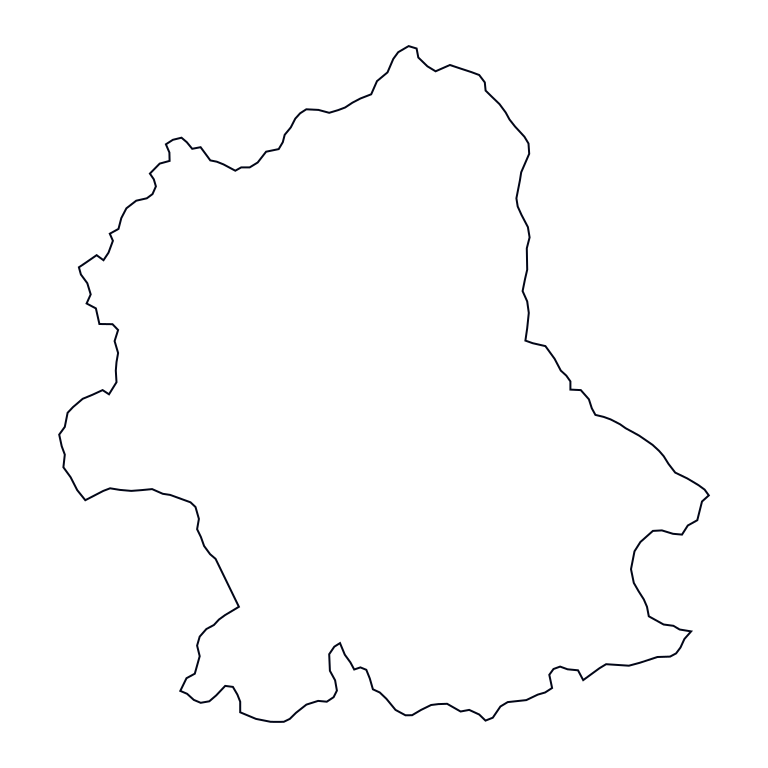 the district of São João da Boa Vista, São Paulo, Brazil
{"feature_id": "56859067B11847187620015", "entity_name": "São João da Boa Vista", "entity_type": "district", "adm_level": 2, "iso_a3": "BRA", "parent_name": "Brazil", "parent_adm1": "São Paulo", "projection": "natural_earth1", "projection_center": [-46.804, -21.966], "detail": "fine", "context": "isolated", "style": "outline", "palette": "ink", "viewbox_px": 768, "rotation_deg": 0, "n_neighbors": 0, "source": "geoboundaries", "source_scale": "gbopen_adm2", "svg_char_len": 3148}
<svg xmlns="http://www.w3.org/2000/svg" viewBox="0 0 768 768"><path d="M708.8,495.4L704.6,489.6L698.4,485.1L687.2,478.4L675.2,472.6L668.5,463.9L663.7,456.2L659.1,450.9L652.6,444.9L639.1,435.6L625.6,428.2L620.1,424.3L610.6,419.4L603.7,416.9L595.4,414.9L591.8,408.3L588.9,399.3L580.8,390.1L570.4,389.6L570.4,381.4L566.3,375.6L560.8,370.6L554.6,358.8L545.4,346.1L532.7,343.2L525.4,340.6L527.2,328.2L528.8,312.9L527.2,301.4L522.6,291.1L525.0,279.2L527.2,269.7L527.0,259.2L526.8,248.3L529.6,237.4L527.9,227.1L521.5,214.9L517.7,206.5L516.4,198.3L519.9,180.5L521.2,172.3L529.2,153.8L528.5,143.5L524.4,136.7L515.0,126.5L509.5,119.5L505.7,112.5L499.5,104.1L491.5,96.4L485.6,90.6L484.8,82.4L479.2,75.0L471.4,72.1L461.0,68.7L449.9,65.0L435.6,71.3L427.4,66.3L418.3,57.5L416.6,48.5L408.6,46.1L398.2,52.2L393.3,58.9L387.5,72.4L377.0,81.1L371.2,94.3L360.4,98.5L352.4,102.7L345.1,107.5L338.2,110.1L329.2,112.8L318.4,109.9L306.3,109.3L300.1,113.3L295.3,118.6L290.8,127.4L284.7,134.8L282.8,142.2L278.7,149.1L266.1,151.7L257.7,162.5L249.7,167.4L241.2,167.4L235.3,170.7L223.5,164.4L216.8,161.7L210.3,160.4L205.7,154.1L200.6,147.2L192.2,148.8L186.8,142.2L181.5,137.7L172.9,139.8L165.9,144.3L169.4,152.5L169.6,160.9L159.7,163.6L149.9,173.6L153.8,179.3L155.9,186.4L152.5,194.1L146.8,198.3L136.2,200.7L126.4,208.3L121.3,218.1L118.5,228.9L109.8,233.7L112.9,240.8L108.5,252.7L103.5,260.2L96.6,255.2L85.9,262.6L78.9,267.3L80.9,274.5L87.3,283.2L90.7,294.4L86.6,303.5L95.9,308.4L99.4,324.0L112.5,324.2L118.1,330.0L114.6,341.1L118.1,353.0L116.5,362.1L115.8,370.6L116.5,382.2L109.0,394.3L102.6,390.1L92.4,394.8L82.7,398.8L73.0,407.1L67.6,412.8L64.8,426.9L59.2,434.6L61.7,446.2L64.8,454.6L63.4,467.3L70.6,477.2L77.2,490.1L85.3,500.2L103.3,490.9L110.1,488.3L119.9,489.9L131.3,490.9L141.7,490.1L152.1,489.1L162.8,493.8L170.1,494.9L190.5,502.3L195.5,507.0L198.9,518.9L197.1,529.2L200.9,537.0L204.1,546.0L210.1,554.2L215.6,558.9L238.9,606.8L225.2,615.0L219.0,619.5L213.9,625.0L206.4,629.0L199.7,636.6L197.1,645.6L199.7,656.2L194.8,673.7L186.5,678.2L180.3,690.9L187.1,693.8L193.8,699.9L200.7,702.8L209.3,701.3L216.2,695.4L225.2,685.9L232.9,686.9L237.4,694.6L240.2,701.7L240.2,712.3L256.0,718.9L270.6,721.8L277.2,721.9L283.8,721.8L289.8,718.9L296.0,712.8L306.4,704.6L318.1,700.9L326.8,701.7L333.6,697.2L336.9,690.6L335.1,680.3L329.9,670.8L329.2,654.2L334.3,646.7L340.0,643.1L344.8,654.7L350.4,662.4L354.2,669.5L360.4,667.4L366.3,669.8L369.8,678.5L372.9,689.3L379.8,692.5L386.4,698.8L395.5,709.9L405.5,715.3L412.1,715.2L421.1,709.9L431.1,705.0L438.4,704.1L447.1,703.8L460.6,711.5L469.2,709.9L479.2,714.5L485.5,720.6L492.8,717.7L500.4,706.5L507.7,702.1L516.1,701.2L526.3,700.1L537.8,694.6L545.1,692.5L552.1,688.0L549.3,674.8L553.5,669.0L560.1,666.6L567.6,669.3L578.0,670.3L583.2,680.1L599.5,668.2L606.1,664.2L628.9,665.7L639.7,662.8L657.4,657.0L670.1,656.6L676.1,653.4L680.5,647.5L684.4,639.0L691.1,631.4L679.6,629.5L673.4,625.8L663.6,624.5L648.8,616.3L647.0,606.8L643.8,599.4L638.7,591.4L633.8,582.9L631.0,569.2L634.5,551.3L640.4,542.0L652.9,530.9L661.9,530.4L673.0,533.8L682.0,534.6L687.8,525.5L697.3,520.2L702.0,501.5L708.8,495.4Z" fill="none" stroke="#020617" stroke-width="2"/></svg>